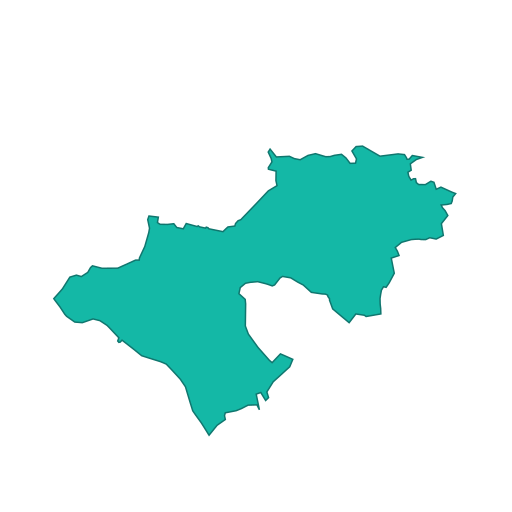 Al Hasahisa, Gezira, Sudan (Albers equal-area conic projection), rotated 304°
{"feature_id": "16777658B35693507625874", "entity_name": "Al Hasahisa", "entity_type": "district", "adm_level": 2, "iso_a3": "SDN", "parent_name": "Sudan", "parent_adm1": "Gezira", "projection": "albers", "projection_center": [32.94, 14.812], "detail": "fine", "context": "isolated", "style": "filled", "palette": "teal", "viewbox_px": 512, "rotation_deg": 304, "n_neighbors": 0, "source": "geoboundaries", "source_scale": "gbopen_adm2", "svg_char_len": 2843}
<svg xmlns="http://www.w3.org/2000/svg" viewBox="0 0 512 512"><g transform="rotate(304 256 256)"><path d="M81.3,317.1L81.2,317.3L93.9,318.4L99.4,320.5L103.3,322.0L106.0,319.2L108.8,318.2L115.8,325.2L116.7,326.1L121.3,329.2L127.9,332.8L133.1,340.0L130.4,344.8L141.6,333.4L145.5,336.3L141.6,344.8L145.6,345.6L149.4,341.0L161.3,340.6L183.0,345.9L190.9,344.3L189.3,335.2L188.5,331.0L176.6,329.0L177.0,325.4L181.3,308.8L187.0,293.3L192.0,286.3L210.5,274.2L214.0,271.3L215.2,262.9L221.0,260.6L227.5,262.5L230.9,265.9L235.7,271.8L238.5,279.6L239.2,281.9L240.3,286.2L242.4,287.6L251.2,288.2L253.9,289.4L257.3,297.0L257.7,305.2L258.4,311.4L256.8,322.2L261.5,332.0L263.3,335.0L263.6,337.3L262.6,338.3L262.2,339.4L261.6,341.0L260.6,341.5L255.0,349.2L252.8,370.5L263.8,371.2L267.5,379.0L267.4,381.1L277.8,391.9L282.2,388.7L285.6,385.8L290.1,382.6L294.1,380.7L297.8,379.1L301.8,378.9L302.8,381.4L308.2,381.4L319.0,380.3L329.9,369.3L336.4,374.3L339.0,370.6L340.9,366.7L348.7,369.0L356.4,375.5L358.9,378.6L361.2,381.8L362.0,383.7L364.5,387.5L368.3,389.8L370.8,395.9L377.8,399.8L386.5,391.6L396.8,392.4L399.3,387.5L400.3,383.6L401.8,381.0L405.6,385.6L408.7,388.5L411.3,387.9L414.9,386.2L419.4,386.6L418.5,382.7L416.5,370.8L412.1,368.1L416.6,362.3L415.8,359.2L409.9,356.5L406.2,350.9L406.5,347.9L409.3,345.0L408.1,343.4L405.6,342.1L406.2,340.9L407.5,338.1L410.4,335.1L413.9,336.7L418.7,332.4L425.7,335.0L430.8,338.8L426.7,329.4L421.9,328.8L420.6,327.1L421.6,325.8L423.1,322.4L420.1,316.7L408.1,303.0L406.7,282.9L402.7,277.8L396.7,276.8L392.7,285.0L388.6,286.6L385.4,282.2L387.6,275.7L388.1,270.0L384.2,265.7L383.3,264.7L379.9,261.9L377.3,258.3L374.1,248.1L368.5,242.9L360.5,238.8L358.2,233.4L357.3,227.9L349.5,217.5L352.5,207.9L349.0,208.0L345.3,214.1L342.9,216.6L336.1,216.8L334.9,217.8L337.6,225.2L329.6,230.4L326.1,234.1L316.9,229.8L300.0,227.0L293.1,225.8L277.6,223.1L275.2,221.4L271.5,220.9L269.0,221.7L264.4,216.5L262.0,215.9L257.7,215.0L252.2,201.7L252.6,200.4L252.1,198.6L250.9,198.6L248.6,192.9L248.7,191.2L247.5,190.7L243.9,180.0L237.9,180.5L235.3,174.4L236.8,169.8L232.7,165.0L228.6,158.7L228.6,155.6L233.6,153.3L229.3,144.9L225.6,145.9L219.5,152.2L215.5,154.0L201.7,158.5L189.1,160.5L187.3,161.5L185.2,158.4L168.6,148.2L159.7,135.2L156.4,125.9L153.9,125.3L148.3,125.7L141.3,122.7L139.7,117.8L134.4,113.5L120.6,113.9L117.9,113.6L107.6,112.2L107.1,113.4L106.1,116.3L104.2,121.9L100.8,130.0L100.1,132.7L99.9,142.7L103.6,149.3L112.7,156.1L115.1,162.7L115.2,171.3L114.6,174.3L111.5,188.0L108.2,188.9L107.7,190.6L108.7,191.6L111.3,192.0L110.4,205.6L109.4,217.0L112.1,226.2L115.0,235.9L115.6,238.8L116.2,242.1L114.6,249.4L113.6,253.6L111.6,262.0L108.1,270.7L104.8,274.7L97.6,283.5L92.3,290.1L90.6,294.4L87.2,303.7L85.6,307.4L81.9,315.7L81.8,315.8L81.6,316.3L81.6,316.5L81.4,316.9L81.3,317.1Z" fill="#14b8a6" stroke="#0f766e" stroke-width="1.5"/></g></svg>